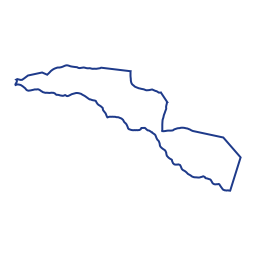 St Lawrence, Anse-la-Raye, Saint Lucia (Robinson projection)
{"feature_id": "8701671B18704050053031", "entity_name": "St Lawrence", "entity_type": "district", "adm_level": 2, "iso_a3": "LCA", "parent_name": "Saint Lucia", "parent_adm1": "Anse-la-Raye", "projection": "robinson", "projection_center": [-61.027, 13.938], "detail": "fine", "context": "isolated", "style": "outline", "palette": "blue", "viewbox_px": 256, "rotation_deg": 0, "n_neighbors": 0, "source": "geoboundaries", "source_scale": "gbopen_adm2", "svg_char_len": 5671}
<svg xmlns="http://www.w3.org/2000/svg" viewBox="0 0 256 256"><path d="M197.0,177.4L197.7,177.5L198.0,177.5L198.7,177.5L199.1,177.5L199.3,177.5L199.9,177.4L200.5,177.2L201.1,177.0L201.6,176.9L202.3,176.7L202.9,176.4L203.2,176.3L204.6,176.9L204.8,177.2L205.1,177.4L205.2,177.7L205.5,178.1L206.1,178.3L206.6,178.3L207.0,178.4L207.5,178.6L207.9,178.7L208.5,178.9L208.8,179.0L209.0,179.1L209.3,179.2L209.7,179.3L209.9,179.3L210.5,179.7L210.6,179.8L210.8,180.1L211.1,180.4L211.2,180.7L211.4,181.0L211.6,181.4L211.8,181.7L211.9,181.9L212.1,182.2L212.2,182.5L212.4,182.8L212.5,183.0L212.8,183.3L213.0,183.5L213.3,183.7L213.7,183.9L213.8,184.0L214.3,184.2L214.9,184.3L215.4,184.3L216.0,184.3L216.9,184.2L217.6,184.2L218.0,184.2L218.4,184.0L219.2,184.2L219.5,184.5L220.1,185.6L220.7,186.4L221.0,186.9L221.7,187.8L222.2,188.6L222.8,189.3L223.1,189.5L223.3,189.8L223.7,189.9L224.3,190.1L224.7,190.3L225.2,190.3L225.6,190.4L225.9,190.4L226.3,190.5L226.9,190.5L227.2,190.4L227.7,190.4L228.0,190.4L228.5,190.4L228.9,190.6L229.3,190.6L229.6,190.6L230.1,190.7L230.3,190.3L240.6,157.4L223.3,137.5L192.9,131.0L192.1,130.7L190.7,130.0L189.7,129.4L188.8,129.1L188.6,129.0L188.3,128.9L187.9,128.7L187.4,128.5L186.6,128.4L185.3,128.1L183.9,127.8L182.0,127.7L180.7,127.8L179.8,128.1L178.4,128.2L177.5,128.3L175.4,129.0L174.2,129.4L173.2,130.2L172.2,130.5L170.6,130.6L169.3,130.6L168.2,130.6L167.0,130.7L166.0,130.9L164.7,131.1L163.6,131.2L162.2,131.1L162.1,130.8L162.3,130.5L162.3,129.4L162.3,128.3L162.3,126.3L162.3,124.5L162.4,122.6L162.5,121.1L162.6,119.9L162.9,118.9L163.2,118.1L163.5,116.9L163.8,115.4L164.1,114.5L164.7,113.0L165.2,111.5L165.9,109.6L166.2,108.9L166.2,108.3L166.1,107.3L166.1,106.8L166.2,106.1L166.5,104.7L166.8,103.7L166.9,102.8L166.9,101.9L167.1,101.9L161.0,92.7L160.9,92.8L160.4,92.6L159.6,92.6L158.8,92.6L158.0,92.1L157.6,91.8L157.2,91.6L156.8,91.3L156.3,91.1L155.6,91.0L154.7,90.6L154.2,90.4L153.3,90.0L152.6,89.7L152.2,89.5L151.4,89.6L150.6,89.8L149.1,90.1L147.9,90.2L146.6,90.3L145.7,90.1L144.5,89.6L143.7,89.3L142.6,89.1L141.6,88.9L140.7,88.7L140.0,88.5L139.5,88.4L138.9,88.3L137.1,87.6L136.1,87.2L135.0,86.7L134.3,86.2L134.0,85.8L132.7,84.8L132.1,84.2L131.6,83.4L131.1,82.0L131.0,81.4L130.8,80.2L130.8,78.9L130.7,78.2L130.6,77.1L130.5,76.1L130.5,75.1L130.5,73.7L130.5,72.3L130.6,71.2L130.4,71.2L101.1,67.7L100.1,68.2L96.2,68.8L94.1,68.7L93.1,68.8L92.5,68.8L91.4,68.6L89.9,68.2L87.6,68.3L86.3,68.1L84.8,67.7L84.7,67.7L83.8,67.5L82.8,67.6L79.6,68.1L78.4,67.9L77.0,67.2L76.0,67.1L74.2,66.9L72.1,66.6L70.5,66.3L69.1,65.8L67.7,65.4L66.6,65.3L65.6,65.5L64.5,65.9L62.7,66.7L61.2,67.2L59.6,67.5L58.3,67.5L57.3,67.6L56.2,68.0L54.8,68.5L53.4,69.2L52.2,70.0L50.8,71.1L49.8,72.2L48.6,73.4L47.6,74.3L47.2,74.7L42.1,72.5L28.0,75.5L24.0,78.5L22.1,79.8L20.5,79.9L17.3,79.1L16.5,79.5L16.3,79.6L16.6,79.8L16.7,80.4L16.9,80.9L16.8,81.8L15.8,83.6L15.5,84.1L15.4,84.5L15.6,85.0L16.5,84.7L17.5,84.4L19.1,84.6L20.7,85.0L22.6,86.2L24.1,87.4L25.3,88.4L26.1,89.5L26.8,90.1L27.4,90.4L28.5,90.7L30.6,90.4L33.3,89.8L34.9,89.4L36.1,89.5L37.4,89.3L38.5,89.4L39.7,90.0L40.7,90.7L41.5,91.3L42.2,91.6L42.6,92.0L42.8,92.1L45.3,92.8L46.1,92.8L46.8,92.7L47.6,92.8L48.1,92.9L48.3,92.9L48.7,92.9L48.8,92.9L49.2,93.0L49.9,92.9L50.8,92.8L51.5,92.7L52.5,92.8L53.3,92.8L53.9,93.0L54.4,93.2L55.1,93.6L55.5,94.1L55.8,94.3L56.1,94.6L56.5,94.8L57.4,94.8L58.3,94.9L58.9,95.0L60.1,95.4L61.3,95.6L62.4,95.8L63.6,95.7L64.3,95.4L64.7,95.2L65.2,95.1L65.8,95.4L66.2,95.7L66.7,96.0L67.3,96.1L68.3,95.9L69.2,95.5L70.4,94.9L71.7,94.2L73.1,93.8L74.6,93.4L76.1,93.0L77.2,93.0L78.8,93.2L79.9,93.5L81.2,93.9L82.2,94.6L83.5,95.3L84.5,95.8L86.4,97.1L86.5,97.2L87.2,97.7L88.3,98.5L89.0,99.0L89.7,99.4L90.5,99.4L91.1,99.7L92.0,100.0L92.7,100.2L93.8,100.4L94.5,100.5L95.0,100.6L95.6,100.9L96.0,101.2L96.1,101.6L96.4,102.2L96.7,102.8L97.1,103.2L97.5,103.9L98.1,104.5L98.7,105.0L99.3,105.3L99.9,105.7L101.1,106.5L101.6,107.0L102.3,107.6L102.7,108.0L102.8,108.4L102.8,108.8L102.9,109.4L103.0,109.8L103.2,110.3L103.8,111.1L104.4,111.8L104.9,112.5L105.5,113.2L105.9,114.0L106.3,115.1L106.7,116.1L107.1,116.8L107.2,117.1L107.3,117.3L107.5,117.4L108.0,117.2L108.9,116.9L109.9,116.7L111.1,116.8L112.4,116.7L113.6,116.8L114.3,116.8L115.1,116.8L116.1,117.1L116.9,117.2L117.5,117.2L118.5,117.3L119.6,117.8L120.7,118.2L121.6,118.6L122.4,119.3L123.0,119.8L123.5,120.7L123.8,121.3L124.2,122.0L125.0,122.8L125.4,123.1L125.8,123.5L126.5,124.4L127.2,125.9L127.6,126.8L128.0,128.1L128.2,128.5L128.5,128.7L128.6,128.9L128.9,129.1L129.0,129.2L129.6,129.4L130.5,129.7L131.4,130.0L132.8,130.2L133.7,130.2L134.7,130.1L135.6,130.2L136.4,130.1L137.5,130.2L139.4,130.0L140.1,129.6L140.6,129.3L141.1,128.5L141.4,128.0L144.8,127.9L145.6,128.5L146.5,129.4L147.6,130.3L148.4,130.4L149.1,130.6L150.5,131.4L151.8,132.4L152.0,132.4L152.0,132.5L153.4,133.5L154.7,134.4L155.4,135.2L156.0,136.7L156.4,137.8L156.7,138.4L157.3,139.6L158.2,140.5L158.6,140.9L159.0,141.7L159.5,143.1L159.7,143.9L159.8,144.9L160.0,145.8L160.4,146.6L161.4,147.7L162.9,148.9L164.3,149.8L165.2,150.5L165.7,151.5L166.2,152.6L166.3,153.7L166.5,154.5L166.8,155.7L167.5,156.5L168.5,157.6L169.8,158.6L170.9,159.2L171.6,159.6L171.9,159.9L172.1,161.0L172.3,161.6L172.7,162.4L173.0,163.2L174.2,164.3L175.1,164.6L175.9,164.6L177.2,164.6L178.3,164.4L179.3,164.7L180.0,165.0L180.5,165.8L180.9,166.7L181.4,167.9L181.7,168.7L182.1,169.3L183.0,170.1L184.0,170.6L184.9,171.1L185.8,171.8L186.6,172.5L187.9,173.9L188.3,174.1L189.1,174.6L189.6,174.8L189.9,175.0L190.2,175.2L190.7,175.5L191.3,175.9L191.5,176.2L192.1,176.5L192.4,176.7L193.1,176.9L193.6,177.1L193.9,177.2L194.3,177.2L194.7,177.3L195.4,177.3L195.7,177.3L196.0,177.3L196.5,177.4L197.0,177.4Z" fill="none" stroke="#1e3a8a" stroke-width="2"/></svg>